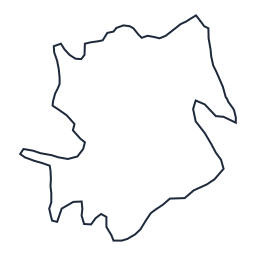 Acheritou, Cyprus
{"feature_id": "46923920B61147384181121", "entity_name": "Acheritou", "entity_type": "district", "adm_level": 2, "iso_a3": "CYP", "parent_name": "Cyprus", "parent_adm1": "", "projection": "albers", "projection_center": [33.854, 35.105], "detail": "fine", "context": "isolated", "style": "outline", "palette": "slate", "viewbox_px": 256, "rotation_deg": 0, "n_neighbors": 0, "source": "geoboundaries", "source_scale": "gbopen_adm2", "svg_char_len": 1474}
<svg xmlns="http://www.w3.org/2000/svg" viewBox="0 0 256 256"><path d="M107.3,32.9L102.7,40.3L98.6,41.2L90.3,42.4L84.9,43.7L84.5,54.9L81.2,59.1L75.4,58.7L69.6,54.9L64.6,49.5L60.9,43.7L53.8,46.2L54.0,49.4L54.2,52.4L57.1,60.7L58.8,69.5L59.6,77.8L59.6,84.0L57.5,89.0L55.1,93.6L53.0,101.5L52.6,105.7L57.1,108.6L66.7,115.3L74.5,124.0L72.9,130.3L80.3,138.6L84.9,142.3L83.2,149.0L77.4,156.5L67.9,159.0L58.4,157.3L51.7,155.2L40.5,153.2L33.1,150.7L23.5,149.0L20.2,154.0L24.8,157.3L33.9,160.7L42.6,163.2L49.7,165.7L50.5,170.7L50.9,179.0L50.5,186.1L51.3,193.1L51.3,202.3L49.2,208.6L50.9,216.1L52.1,220.6L57.1,221.9L61.7,208.6L73.3,201.9L81.6,201.5L82.4,208.6L81.6,215.6L84.1,224.0L91.1,224.4L95.7,218.1L101.1,214.0L106.4,216.9L106.4,226.9L111.4,235.2L113.5,240.6L121.8,240.6L127.2,239.0L135.1,234.4L140.4,229.4L145.8,220.6L150.8,213.1L155.8,209.4L162.8,204.8L169.9,198.6L184.7,198.1L193.8,190.3L206.7,184.5L214.5,179.3L223.6,168.8L221.0,159.7L215.8,152.6L211.3,144.1L204.8,133.1L195.7,121.4L193.1,109.0L195.7,100.5L204.8,104.4L215.8,116.1L223.5,116.8L235.8,122.7L235.8,117.3L234.1,110.3L232.9,108.2L228.3,101.9L226.7,98.2L225.8,97.4L222.9,86.9L216.4,71.9L213.2,65.4L211.2,56.3L210.6,49.8L208.6,38.1L208.4,28.3L204.2,26.2L200.5,21.2L196.0,15.4L190.6,18.7L186.0,21.6L180.6,24.1L176.5,27.4L171.1,31.6L165.7,35.8L159.5,38.3L154.1,37.0L147.5,35.8L141.7,37.8L138.4,34.5L133.4,28.3L129.7,26.2L123.4,25.4L116.4,27.9L113.5,31.6L107.3,32.9Z" fill="none" stroke="#1e293b" stroke-width="2"/></svg>